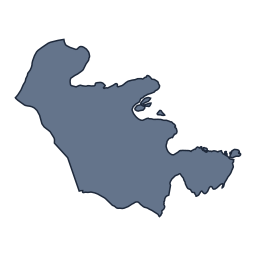 the district of Chaves, Pará, Brazil
{"feature_id": "56859067B61286453634561", "entity_name": "Chaves", "entity_type": "district", "adm_level": 2, "iso_a3": "BRA", "parent_name": "Brazil", "parent_adm1": "Pará", "projection": "albers", "projection_center": [-49.534, 0.015], "detail": "fine", "context": "isolated", "style": "filled", "palette": "slate", "viewbox_px": 256, "rotation_deg": 0, "n_neighbors": 0, "source": "geoboundaries", "source_scale": "gbopen_adm2", "svg_char_len": 5899}
<svg xmlns="http://www.w3.org/2000/svg" viewBox="0 0 256 256"><path d="M79.2,191.1L80.7,190.7L82.7,190.6L82.6,192.1L82.8,192.4L83.3,192.6L85.5,192.2L87.8,192.4L88.9,192.3L90.1,192.1L91.3,192.1L94.8,192.9L97.7,194.0L104.6,197.9L105.8,198.9L112.4,205.3L114.5,206.2L116.5,207.9L118.0,208.3L119.9,208.2L122.3,208.5L124.0,208.2L128.1,206.6L132.1,204.0L133.6,203.3L134.9,202.4L136.0,202.0L137.2,201.9L138.3,202.2L139.7,203.4L140.3,204.2L143.4,206.7L144.6,207.3L146.4,207.7L147.7,208.2L149.2,209.1L151.9,210.4L158.0,214.3L159.1,216.3L159.5,216.6L161.0,215.0L161.0,214.6L162.0,213.1L161.8,210.9L162.2,210.5L163.6,209.3L164.5,207.7L164.7,206.3L163.7,204.2L164.1,203.5L163.9,201.7L164.3,201.4L164.7,199.9L164.7,198.7L165.0,198.3L165.6,197.1L166.5,196.1L168.8,195.1L170.5,185.4L169.9,183.5L170.0,182.7L170.5,181.4L171.9,179.0L175.3,175.7L177.9,174.7L179.4,173.8L180.0,173.7L180.4,174.1L181.5,175.8L183.3,178.0L184.1,180.5L185.0,181.9L185.4,183.9L186.9,187.1L187.8,188.4L188.2,188.7L190.5,189.6L191.8,191.9L192.1,192.2L193.6,192.6L194.2,192.5L194.6,192.8L194.8,193.7L195.9,195.4L196.0,196.2L196.5,196.2L198.1,195.4L198.8,194.8L200.8,191.6L201.5,191.1L202.2,191.3L203.1,192.6L204.2,193.5L205.1,193.6L206.2,193.0L207.6,191.4L209.3,187.6L210.4,186.6L211.0,186.5L211.9,186.9L212.4,187.7L212.7,188.5L213.4,189.1L215.0,189.0L216.9,187.8L220.4,184.6L221.4,184.0L222.3,183.7L222.8,183.9L223.0,184.3L222.7,186.0L222.1,187.2L222.2,187.8L223.1,187.1L223.7,186.2L224.5,182.9L226.4,179.8L228.1,176.7L229.2,175.4L230.5,173.5L231.4,171.6L231.8,170.2L232.4,169.3L232.5,168.4L233.1,167.8L233.3,166.4L232.5,163.3L232.7,162.8L233.6,161.8L233.4,161.0L233.8,159.8L230.3,159.0L229.3,158.3L228.4,157.1L227.6,156.3L226.3,155.7L224.1,154.2L223.3,154.0L221.6,151.8L221.6,151.0L221.3,150.7L218.9,151.3L218.4,151.5L218.0,151.9L217.4,151.8L216.3,151.3L214.8,150.9L213.2,150.9L211.6,151.6L210.9,151.1L210.4,151.2L210.0,151.4L208.3,150.8L206.8,151.6L206.7,152.2L206.2,152.2L205.3,151.8L203.9,150.7L202.7,150.3L202.4,149.3L202.0,149.2L201.7,148.7L201.8,147.2L201.5,146.8L201.1,146.7L200.3,147.1L200.1,148.0L199.6,148.0L197.7,147.0L197.1,147.2L196.2,147.9L196.0,148.4L195.2,149.3L194.8,149.1L194.3,149.3L191.1,151.0L191.0,151.4L190.5,151.3L189.9,150.8L188.8,150.6L181.9,150.4L181.0,150.7L180.5,150.5L179.6,150.8L177.8,152.3L173.7,154.8L171.9,154.7L170.0,153.6L168.3,151.9L167.5,150.5L166.8,149.0L166.1,146.4L166.2,145.0L166.9,142.7L167.0,141.4L168.8,138.8L171.2,137.6L171.8,137.4L172.4,137.6L172.8,137.1L173.2,136.1L173.9,135.3L174.3,134.3L175.7,133.9L176.7,132.9L177.0,131.2L176.4,128.8L176.0,128.1L175.1,127.6L174.8,126.9L175.3,126.5L175.5,126.1L175.0,125.0L174.3,124.2L173.1,123.4L171.6,121.9L170.3,121.8L169.5,121.3L166.5,120.3L163.7,120.3L160.7,119.4L159.3,119.4L158.0,119.3L154.0,119.4L152.9,119.3L151.9,118.9L149.0,118.7L148.3,118.2L146.8,118.5L142.8,120.3L140.9,120.2L138.5,119.0L136.6,117.4L135.4,116.1L133.5,113.5L132.2,110.4L132.1,109.4L133.1,106.8L135.7,104.1L139.3,101.9L140.8,98.6L142.6,97.7L143.5,97.0L144.2,96.2L146.9,94.9L147.2,94.5L150.9,93.4L154.3,92.0L155.4,90.7L157.1,89.9L158.7,88.5L159.4,87.1L159.6,85.8L159.5,85.4L158.5,83.9L158.4,83.0L157.7,81.6L154.4,79.5L151.9,79.2L149.8,76.7L148.6,75.8L147.5,75.5L147.1,75.6L146.7,76.0L146.3,77.1L145.4,77.2L144.8,77.5L142.8,79.0L142.3,79.0L141.4,78.6L137.7,78.7L135.0,79.7L132.2,80.1L128.1,81.2L126.0,82.5L123.5,84.6L122.0,85.6L118.1,86.8L117.6,86.6L117.3,86.3L117.4,84.5L117.0,83.9L116.3,83.6L115.5,83.7L113.1,85.3L107.6,88.0L106.4,87.8L105.6,87.9L104.3,88.4L103.7,88.2L103.5,87.7L105.2,85.7L104.9,85.1L102.8,83.1L101.2,82.5L100.2,82.4L97.0,82.7L95.7,83.1L95.4,83.5L95.0,85.4L94.1,85.9L91.3,86.0L89.0,85.7L87.7,85.7L86.6,86.1L85.4,86.2L82.7,85.8L80.4,85.2L79.1,85.5L76.1,86.9L71.3,85.6L70.5,84.7L70.2,82.7L70.1,81.1L70.3,79.6L70.8,78.2L74.9,75.4L77.6,74.0L81.8,71.0L83.2,69.7L86.0,64.0L88.5,60.4L88.9,58.9L88.8,58.4L89.4,57.3L89.6,56.1L89.0,53.1L88.4,51.7L86.4,49.1L83.8,47.3L82.4,46.7L80.8,46.5L79.7,46.8L78.6,47.6L77.2,49.1L75.9,49.4L75.2,49.2L70.0,47.4L66.7,45.7L65.5,44.7L64.3,41.8L63.9,39.4L58.0,40.4L50.6,42.2L48.2,43.2L41.6,47.7L38.0,50.4L36.6,51.9L34.5,55.7L32.6,60.9L32.1,63.2L32.0,64.9L31.4,67.3L30.1,70.2L27.8,73.3L27.3,75.6L25.8,78.7L25.2,81.5L23.2,84.9L21.0,90.0L17.9,94.8L15.8,97.3L15.4,97.5L15.6,98.2L17.9,100.3L24.3,104.9L25.3,105.4L27.6,105.9L29.9,106.2L32.1,106.8L34.4,108.0L37.0,110.5L39.6,115.3L41.8,123.3L42.2,124.2L44.1,126.9L50.1,131.6L53.8,137.5L54.3,138.6L54.5,139.9L54.4,143.1L67.7,157.7L79.2,191.1ZM234.6,149.4L234.0,149.6L231.8,151.0L231.3,153.0L230.1,155.7L229.9,156.8L230.2,157.1L231.4,157.5L232.9,157.7L234.1,157.0L235.9,156.3L237.3,156.2L238.4,156.3L239.6,155.9L240.5,154.9L240.6,154.3L240.5,153.8L238.8,153.4L238.7,152.9L239.1,152.9L239.5,152.5L239.1,151.1L238.6,150.3L237.1,149.7L234.6,149.4ZM142.5,105.7L141.0,104.7L139.8,104.9L139.0,105.3L138.4,105.2L137.2,105.6L135.3,107.8L134.9,108.7L135.1,109.7L136.7,110.7L138.2,111.1L140.0,110.6L143.1,110.1L143.8,109.2L144.4,108.7L144.8,107.9L144.8,107.1L144.1,106.3L142.5,105.7ZM142.8,104.0L145.2,102.5L148.2,101.4L150.1,99.3L150.6,98.2L148.5,97.5L147.1,97.7L144.8,98.4L143.3,99.8L141.0,102.6L140.7,103.3L141.0,103.8L141.7,104.1L142.8,104.0ZM164.6,114.8L162.3,112.5L161.1,110.7L160.2,110.4L159.7,110.5L157.2,113.5L157.2,114.0L157.8,114.7L160.8,114.9L161.9,115.3L163.4,115.4L164.7,115.2L164.6,114.8ZM149.9,105.7L150.9,103.8L151.0,103.1L149.7,103.2L144.1,105.0L144.8,105.9L146.2,106.2L147.3,106.2L148.5,106.5L149.2,106.4L149.9,105.7ZM206.0,150.8L206.9,150.6L207.2,150.3L207.3,149.9L207.2,149.6L207.1,148.9L206.5,148.3L204.7,147.9L204.2,147.6L203.5,147.7L203.0,149.3L204.9,150.8L206.0,150.8ZM226.9,153.6L226.1,152.7L224.8,152.2L224.8,153.3L225.3,153.9L226.1,154.3L227.0,154.5L226.9,153.6ZM230.5,153.3L230.9,152.7L230.9,152.2L230.3,152.2L229.8,153.1L229.9,153.6L230.5,153.3ZM226.3,151.6L225.9,151.4L225.5,151.6L225.8,152.0L226.2,152.2L226.3,151.6Z" fill="#64748b" stroke="#1e293b" stroke-width="1.5"/></svg>